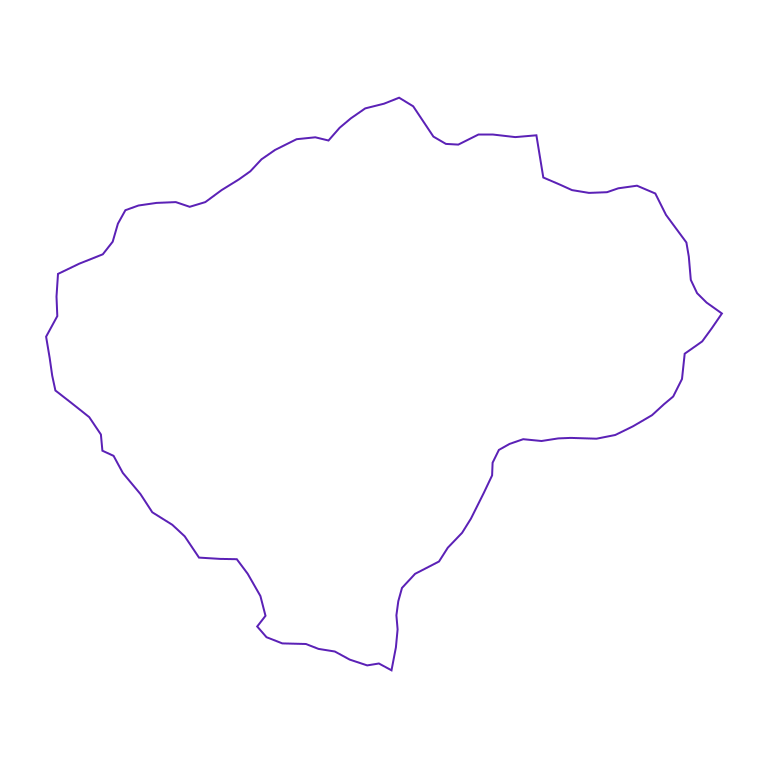 Catiguá, São Paulo, Brazil
{"feature_id": "56859067B52340908889557", "entity_name": "Catiguá", "entity_type": "district", "adm_level": 2, "iso_a3": "BRA", "parent_name": "Brazil", "parent_adm1": "São Paulo", "projection": "albers", "projection_center": [-49.049, -21.07], "detail": "fine", "context": "isolated", "style": "outline", "palette": "violet", "viewbox_px": 768, "rotation_deg": 0, "n_neighbors": 0, "source": "geoboundaries", "source_scale": "gbopen_adm2", "svg_char_len": 1424}
<svg xmlns="http://www.w3.org/2000/svg" viewBox="0 0 768 768"><path d="M721.9,313.5L706.6,302.6L697.1,293.2L690.8,279.9L688.8,256.6L686.4,242.5L666.0,214.9L655.3,193.5L637.0,185.7L618.3,188.3L607.0,192.2L589.0,192.9L572.0,190.1L560.3,184.8L543.3,177.5L536.4,135.3L515.3,137.1L492.6,134.5L478.5,134.5L458.3,144.6L445.9,143.9L433.4,136.6L413.2,106.3L399.1,97.7L384.0,103.7L365.2,108.4L350.9,118.3L339.7,127.7L328.5,140.5L315.3,137.3L296.6,139.2L275.1,149.9L261.5,159.3L250.3,171.3L238.9,179.4L221.6,190.1L205.3,202.1L189.7,206.8L175.8,202.1L156.6,202.9L138.5,205.5L125.4,210.2L117.9,223.7L112.7,241.7L102.8,254.3L79.2,263.7L58.0,273.9L56.5,296.6L57.3,316.1L46.1,336.7L49.7,358.1L52.2,375.6L55.4,390.5L71.7,403.2L89.2,417.1L100.9,434.5L102.4,450.7L113.6,455.9L122.8,472.9L140.4,494.0L152.3,512.3L172.3,524.8L184.7,536.3L199.0,557.6L220.2,558.9L236.8,559.2L247.7,573.8L260.4,596.0L265.5,615.8L257.2,626.5L266.5,637.2L282.3,643.4L305.9,644.0L318.5,648.9L334.8,651.5L349.7,659.6L367.2,665.4L378.9,663.5L391.5,670.3L395.9,647.4L397.6,629.4L396.4,615.3L398.3,601.2L402.0,587.9L415.1,573.8L439.0,561.5L447.8,547.7L462.1,532.8L470.9,518.7L483.8,492.9L492.1,475.4L492.6,462.7L498.9,449.9L509.6,443.9L523.2,439.2L541.5,441.0L558.3,438.4L570.7,437.9L596.5,438.7L615.2,435.0L632.8,426.4L652.0,415.2L663.9,404.3L673.2,396.5L682.0,379.0L684.7,353.7L702.2,341.4L711.9,328.1L721.9,313.5Z" fill="none" stroke="#5b21b6" stroke-width="2"/></svg>